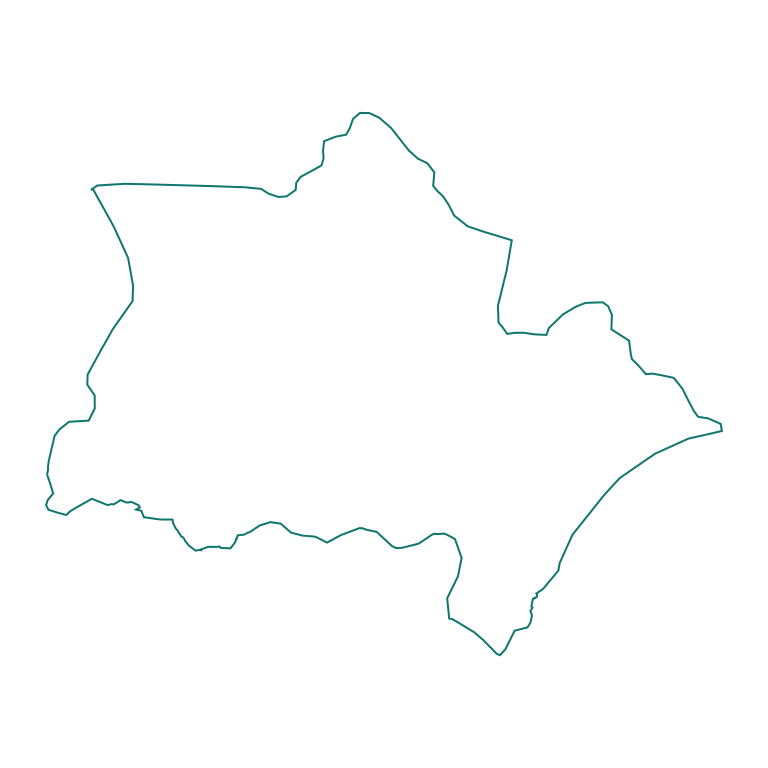 the district of Salala, Bong, Liberia
{"feature_id": "62588387B82841165757499", "entity_name": "Salala", "entity_type": "district", "adm_level": 2, "iso_a3": "LBR", "parent_name": "Liberia", "parent_adm1": "Bong", "projection": "orthographic", "projection_center": [-9.988, 6.775], "detail": "fine", "context": "isolated", "style": "outline", "palette": "teal", "viewbox_px": 768, "rotation_deg": 0, "n_neighbors": 0, "source": "geoboundaries", "source_scale": "gbopen_adm2", "svg_char_len": 4297}
<svg xmlns="http://www.w3.org/2000/svg" viewBox="0 0 768 768"><path d="M721.9,431.0L720.6,423.8L716.6,422.1L708.3,418.4L698.1,416.8L693.8,410.9L689.4,402.6L688.4,400.6L685.2,394.3L682.4,388.7L673.8,377.9L661.4,375.2L652.3,373.6L645.9,374.2L639.4,366.6L633.0,360.2L631.9,359.1L630.8,354.2L629.3,342.2L629.1,340.7L611.4,329.4L611.5,326.9L611.9,314.8L608.1,306.1L602.7,302.3L585.5,302.9L584.2,303.4L575.9,306.7L563.0,314.3L557.6,319.6L549.0,327.9L546.4,334.9L535.1,334.4L531.4,333.9L523.8,332.8L514.7,332.8L511.2,333.3L507.1,333.9L504.9,330.6L502.3,326.9L498.5,322.6L498.3,315.6L498.3,315.2L497.9,305.8L500.6,295.1L503.1,284.7L506.5,271.2L511.8,240.3L488.3,233.1L485.4,232.3L473.5,228.3L467.7,226.3L454.2,215.6L448.7,204.9L448.5,204.5L448.3,204.2L442.9,196.1L440.7,194.1L440.0,193.5L438.1,191.8L433.2,185.9L434.0,176.4L434.0,176.0L434.3,172.3L427.3,163.2L418.1,158.8L409.0,150.7L391.2,128.1L381.3,119.5L379.4,117.8L369.1,113.0L364.7,113.0L360.6,113.0L360.1,112.8L353.0,119.0L349.8,128.2L346.1,134.7L343.3,135.2L335.3,136.8L326.4,140.3L324.1,141.2L323.0,150.4L323.6,158.5L321.4,165.5L312.4,170.5L300.5,176.9L297.7,180.9L296.2,182.9L296.1,184.5L295.7,189.9L293.1,191.8L286.6,196.4L279.4,196.9L278.5,197.0L268.8,193.8L262.0,189.4L261.3,188.9L245.2,187.3L211.2,186.1L210.9,186.1L201.1,185.8L147.4,184.3L124.8,183.8L118.4,184.2L97.4,185.5L90.9,189.8L93.1,189.3L108.1,216.4L109.9,219.6L113.9,226.9L128.1,258.0L133.1,285.8L132.8,293.9L132.6,301.0L118.7,320.8L112.7,329.3L105.2,342.7L104.7,343.7L102.8,346.7L101.2,349.7L87.6,374.6L87.3,384.7L94.7,395.5L94.7,402.4L94.8,408.5L88.7,420.6L68.9,421.8L66.6,423.7L59.2,429.6L59.0,430.0L54.6,435.9L53.3,441.6L52.6,444.4L49.5,457.7L49.0,460.2L48.8,460.7L48.7,461.4L48.6,462.1L48.0,467.0L48.1,470.1L47.5,472.3L47.2,474.8L48.3,478.1L50.1,483.4L50.6,484.9L53.2,493.6L47.8,499.9L47.2,501.7L46.9,502.7L46.1,505.1L47.9,508.7L48.4,509.7L57.7,512.7L66.3,515.0L70.1,511.3L74.6,508.6L76.8,507.3L91.8,498.8L93.2,499.3L101.4,502.6L105.4,504.2L107.8,505.1L111.0,504.2L111.7,504.2L113.7,504.3L118.4,501.6L120.4,500.1L126.4,502.5L128.8,502.4L130.7,501.9L132.3,502.3L138.7,505.3L139.8,507.4L136.1,509.6L141.3,510.7L144.0,517.4L144.7,517.3L159.3,519.4L160.0,519.4L161.6,519.5L162.3,519.5L165.2,519.5L169.9,519.5L172.5,519.6L172.7,520.8L173.2,523.4L175.9,528.7L176.6,529.4L177.3,530.2L178.8,532.5L181.4,536.5L182.1,536.9L183.4,537.7L184.2,539.1L185.2,541.0L185.4,541.2L188.8,545.5L195.5,550.6L196.7,550.4L197.5,550.3L198.8,550.0L199.7,550.1L200.3,550.1L201.0,550.2L200.8,549.5L201.9,549.1L206.9,547.3L208.0,546.9L209.7,546.9L214.3,546.9L215.9,546.9L216.6,546.9L219.6,546.5L220.8,548.0L224.7,548.1L230.3,548.3L230.5,548.3L232.2,546.1L235.0,542.5L236.2,538.9L236.7,539.0L237.1,538.1L237.1,536.8L237.6,535.4L239.0,535.3L240.6,534.9L244.1,534.7L247.5,532.8L250.2,531.9L255.1,528.5L255.6,528.1L256.3,527.8L259.6,525.5L262.4,524.6L268.6,522.7L270.4,522.1L279.6,523.5L280.6,523.6L291.2,532.7L302.6,535.6L311.2,536.3L315.3,536.7L317.2,537.6L327.0,542.6L327.6,542.3L340.5,535.3L341.1,535.0L359.5,528.1L360.6,528.4L361.6,528.0L366.5,529.7L376.7,531.9L383.8,538.5L386.6,541.0L392.4,546.5L393.8,546.7L395.6,548.1L401.1,547.9L401.7,547.9L417.7,543.9L418.8,543.5L421.3,541.9L432.3,534.5L432.4,534.4L433.3,534.3L434.2,533.7L437.2,534.1L443.3,533.7L444.6,533.6L445.8,534.2L448.1,535.3L449.5,536.1L451.3,537.0L453.5,538.3L455.0,539.1L455.4,540.2L455.7,541.1L456.6,543.7L457.6,546.4L458.5,549.1L460.2,554.0L461.6,558.0L458.0,576.2L454.2,584.0L454.0,584.5L451.8,588.8L449.7,593.1L449.5,593.5L448.0,596.6L447.6,597.4L447.2,598.2L449.2,618.6L452.6,619.2L453.1,619.6L458.3,622.6L469.3,629.3L472.4,631.2L473.3,631.7L474.2,632.2L474.3,632.3L475.1,633.0L475.7,633.6L477.5,635.1L479.1,636.5L483.1,639.9L485.1,642.0L485.7,642.6L488.5,645.4L490.4,647.4L490.5,647.4L496.4,653.5L499.4,655.0L500.0,655.2L504.3,650.5L505.3,649.5L512.7,634.6L514.6,630.8L514.6,630.7L525.5,627.9L527.6,627.3L530.4,622.7L532.0,615.6L531.9,615.5L531.7,614.6L530.4,610.9L530.5,610.8L532.5,607.7L531.4,606.7L532.7,599.8L532.9,598.8L534.4,598.0L534.7,598.4L536.9,596.6L537.1,594.1L536.4,593.5L543.1,588.9L543.5,588.4L553.7,576.2L558.4,570.5L559.6,563.3L565.8,549.5L572.5,534.7L594.6,507.0L603.8,495.4L610.0,488.6L619.7,478.1L644.6,460.9L655.1,453.7L658.4,452.2L688.2,438.7L721.9,431.0Z" fill="none" stroke="#0f766e" stroke-width="2"/></svg>